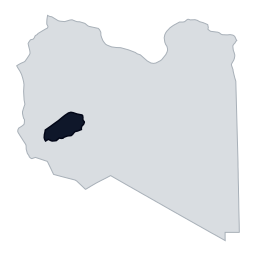 Libya, with Wadi al Hayaa highlighted
{"feature_id": "LBY-5488", "entity_name": "Wadi al Hayaa", "entity_type": "Municipality", "adm_level": 1, "iso_a3": "LBY", "parent_name": "Libya", "parent_adm1": "", "projection": "robinson", "projection_center": [12.828, 26.42], "detail": "fine", "context": "in_parent", "style": "filled", "palette": "ink", "viewbox_px": 256, "rotation_deg": 0, "n_neighbors": 0, "source": "natural_earth", "source_scale": "10m", "svg_char_len": 3466}
<svg xmlns="http://www.w3.org/2000/svg" viewBox="0 0 256 256"><path d="M19.6,64.0L21.3,63.1L23.7,62.1L24.9,61.4L25.4,60.7L27.2,58.2L28.1,56.8L29.4,54.8L30.0,53.5L30.0,52.3L29.8,50.7L28.9,47.1L28.1,43.6L28.7,42.3L29.2,41.6L30.3,40.0L30.8,39.7L33.1,39.2L34.1,38.1L34.8,36.7L35.0,36.0L36.0,35.2L37.3,34.5L38.0,33.5L40.5,32.0L42.8,30.6L45.4,29.1L47.5,28.0L47.9,27.0L47.9,26.2L46.8,24.2L46.8,21.9L46.9,20.0L47.0,18.9L47.5,15.8L47.5,15.4L49.6,16.4L51.8,16.8L58.2,20.7L60.2,21.2L64.7,21.6L70.1,20.0L72.1,19.8L75.6,21.2L77.1,21.7L79.7,21.8L84.1,23.1L85.2,23.6L87.8,25.8L89.1,26.4L98.3,28.4L99.5,29.7L100.8,32.2L100.9,35.3L101.6,37.5L102.8,40.5L104.2,42.5L105.7,44.3L107.5,45.3L111.6,46.9L116.1,47.5L120.7,47.7L128.6,49.9L135.4,52.5L137.0,53.7L140.4,54.9L147.2,60.9L150.9,63.0L153.6,63.4L155.9,63.0L160.0,60.9L161.7,59.7L165.8,54.6L167.1,51.9L167.6,50.0L167.4,48.1L166.9,46.3L165.7,44.5L164.8,42.1L164.2,37.8L164.8,34.8L165.6,33.0L166.8,31.2L170.1,27.7L173.5,25.3L179.6,22.0L183.1,22.0L184.6,21.7L187.4,19.4L188.6,19.3L190.2,19.9L195.0,19.7L197.2,20.3L199.7,21.7L203.0,22.6L205.2,23.5L207.7,24.6L208.3,27.4L208.1,28.3L208.0,29.4L210.6,31.3L217.7,32.2L219.1,32.7L221.1,34.2L222.4,34.7L227.3,34.9L230.1,34.6L232.8,35.1L233.8,35.6L234.9,36.7L236.2,39.6L236.8,40.5L236.2,41.0L235.5,41.9L235.1,42.8L233.8,44.2L232.8,45.8L233.0,48.0L233.3,50.3L234.1,52.5L234.8,55.0L234.7,56.6L234.3,58.6L233.7,60.2L231.7,63.6L231.4,64.4L231.6,65.6L233.0,69.6L233.1,70.9L234.0,74.8L234.8,78.0L235.6,80.5L235.8,81.2L235.9,84.9L236.0,88.6L236.1,92.3L236.2,96.0L236.3,99.7L236.4,103.4L236.5,107.1L236.6,110.8L236.7,114.5L236.8,118.2L236.9,121.9L237.0,125.6L237.1,129.3L237.2,133.0L237.3,136.7L237.4,140.4L237.5,144.0L237.6,147.7L237.7,151.4L237.8,155.1L237.9,158.8L238.0,162.5L238.0,166.2L238.1,169.9L238.2,173.6L238.2,177.3L238.3,181.0L238.4,184.7L238.5,188.4L238.5,192.1L238.6,195.8L238.7,199.5L238.8,207.7L239.0,215.9L239.2,224.1L239.3,232.3L239.2,232.4L235.6,232.4L232.1,232.4L228.6,232.4L225.1,232.4L225.1,234.5L225.1,236.5L225.1,238.6L225.2,240.6L218.3,236.7L211.4,232.9L204.5,229.0L197.6,225.1L190.7,221.2L183.8,217.3L176.9,213.4L170.0,209.5L163.2,205.6L156.3,201.7L149.5,197.8L142.6,193.9L135.8,190.0L128.9,186.1L122.1,182.2L115.3,178.3L110.6,175.6L105.5,178.3L101.5,180.3L96.3,183.0L90.3,186.5L85.7,189.3L85.5,189.2L85.3,189.2L80.5,184.6L76.7,181.0L75.0,180.0L68.0,178.2L61.0,176.4L53.6,174.4L52.2,171.5L50.7,168.3L48.7,164.2L47.5,161.7L47.1,161.3L41.4,159.4L35.4,157.4L31.9,158.6L31.3,158.5L30.3,157.8L29.3,156.8L28.8,155.4L27.4,153.5L26.2,149.2L26.1,145.8L25.8,144.6L22.7,139.8L19.9,135.4L18.1,132.5L17.7,131.2L18.0,129.5L18.7,128.1L21.5,126.4L23.9,124.5L24.3,123.2L24.5,119.6L23.7,118.5L23.1,116.4L22.5,113.5L22.5,111.7L23.6,108.0L24.9,104.2L24.1,99.9L23.6,91.4L24.0,84.7L23.7,82.3L23.5,81.3L22.7,78.1L21.7,74.9L21.2,73.7L19.9,71.1L17.8,67.8L16.7,65.8L18.2,64.8L19.6,64.0Z" fill="#d9dde1" stroke="#a8b0b8" stroke-width="1"/><path d="M82.0,115.0L82.6,115.6L82.9,117.3L82.8,119.5L83.4,120.7L84.2,121.6L84.3,122.5L83.5,124.4L81.9,126.0L81.3,127.9L81.4,129.5L77.6,131.0L75.0,131.6L74.0,132.6L72.5,134.5L71.1,135.6L67.7,135.9L65.4,136.7L64.1,137.2L62.9,138.2L61.1,138.4L59.2,138.0L57.8,139.3L56.3,140.6L54.7,140.8L52.1,141.0L50.9,140.6L48.3,139.3L45.6,141.0L44.7,139.5L44.2,137.7L44.4,134.6L45.0,132.1L45.3,130.0L47.2,128.7L50.5,126.4L54.3,123.6L58.5,120.6L62.2,117.5L65.0,115.3L68.4,113.0L70.9,112.3L73.1,112.7L77.0,114.0L82.0,115.0Z" fill="#0f172a" stroke="#020617" stroke-width="1.5"/></svg>